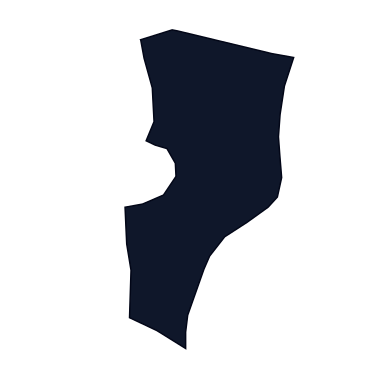 the district of Guéra, Guéra, Chad, rotated 13°
{"feature_id": "50815135B83117027765697", "entity_name": "Guéra", "entity_type": "district", "adm_level": 2, "iso_a3": "TCD", "parent_name": "Chad", "parent_adm1": "Guéra", "projection": "robinson", "projection_center": [18.747, 12.012], "detail": "fine", "context": "isolated", "style": "filled", "palette": "ink", "viewbox_px": 384, "rotation_deg": 13, "n_neighbors": 0, "source": "geoboundaries", "source_scale": "gbopen_adm2", "svg_char_len": 637}
<svg xmlns="http://www.w3.org/2000/svg" viewBox="0 0 384 384"><g transform="rotate(13 192 192)"><path d="M107.7,55.2L107.8,55.3L115.2,72.4L129.9,99.5L139.2,132.0L135.8,152.4L145.7,154.6L157.8,155.3L169.3,167.7L172.9,180.4L164.9,201.4L146.5,214.9L130.2,221.9L136.6,244.9L140.1,257.4L150.2,282.0L159.4,328.5L188.9,334.9L221.0,345.9L217.3,329.9L216.4,321.4L215.5,313.0L221.0,264.4L223.6,250.4L233.9,228.3L252.5,209.1L269.6,189.6L276.3,177.7L276.1,157.8L269.3,136.5L263.8,118.7L260.4,96.8L258.2,67.9L260.8,38.1L238.5,39.2L238.4,39.2L141.8,38.3L141.6,38.3L136.2,38.5L107.7,55.2Z" fill="#0f172a" stroke="#020617" stroke-width="1.5"/></g></svg>